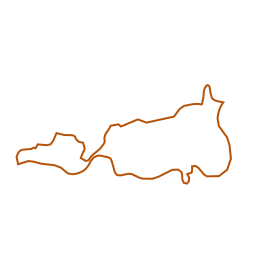 the District of Samdrup Jongkhar, rotated 8°
{"feature_id": "BTN-2492", "entity_name": "Samdrup Jongkhar", "entity_type": "District", "adm_level": 1, "iso_a3": "BTN", "parent_name": "Bhutan", "parent_adm1": "", "projection": "robinson", "projection_center": [91.574, 27.008], "detail": "fine", "context": "isolated", "style": "outline", "palette": "amber", "viewbox_px": 256, "rotation_deg": 8, "n_neighbors": 0, "source": "natural_earth", "source_scale": "10m", "svg_char_len": 1750}
<svg xmlns="http://www.w3.org/2000/svg" viewBox="0 0 256 256"><g transform="rotate(8 128 128)"><path d="M233.5,147.7L232.0,155.5L224.8,163.0L212.9,164.9L209.4,163.2L203.2,157.6L199.8,156.1L196.8,157.0L197.3,159.9L197.3,163.3L193.1,165.4L195.4,168.5L195.6,172.3L194.0,174.9L190.9,174.5L188.9,171.4L188.3,167.6L187.2,164.3L183.5,162.2L177.6,163.3L165.2,171.9L159.4,174.8L149.9,176.1L146.8,175.8L138.1,173.1L134.6,173.3L127.5,175.9L123.8,176.2L121.2,173.8L116.7,163.5L114.9,160.6L112.0,159.7L104.1,159.2L101.4,159.7L97.9,162.2L95.9,165.8L94.3,169.9L92.0,174.2L89.5,176.8L86.4,178.9L83.1,180.5L79.9,181.4L75.8,181.5L73.1,180.4L67.3,176.7L60.6,175.1L46.6,175.4L39.7,174.5L33.9,174.6L24.2,179.2L21.8,172.5L21.8,171.5L21.9,170.7L22.5,169.1L22.8,167.8L23.8,166.1L25.2,164.9L26.4,164.2L34.9,162.3L37.4,160.6L37.8,160.6L38.6,160.9L39.2,161.0L40.9,156.8L50.2,156.3L53.6,154.9L55.7,151.3L57.9,143.0L60.5,143.3L66.0,143.8L73.7,142.9L75.5,143.2L76.7,143.8L77.9,146.0L79.3,147.2L81.2,148.5L85.6,148.9L88.0,154.4L87.9,155.4L87.8,156.6L87.1,157.5L85.4,164.3L90.8,166.5L93.4,165.5L95.4,161.2L97.1,159.2L98.6,157.5L100.7,155.3L103.3,152.3L106.1,147.3L106.8,145.5L106.7,144.2L106.0,141.0L106.3,138.6L106.6,137.1L110.0,130.1L110.5,128.2L118.0,125.7L120.8,127.5L136.6,118.1L145.5,120.1L172.0,110.3L176.4,102.1L180.4,98.3L189.5,95.2L194.6,94.3L197.4,94.5L197.9,94.1L198.0,93.3L198.4,85.9L198.0,81.7L198.4,78.2L199.5,75.5L200.4,74.6L201.3,74.5L202.3,75.1L203.0,76.0L203.4,77.0L204.4,80.7L204.9,82.1L206.0,84.4L206.3,85.4L206.8,86.4L207.7,87.2L209.3,88.2L211.0,88.7L212.8,89.0L218.3,89.3L218.8,89.4L218.3,90.2L216.9,93.5L215.9,97.5L215.4,101.7L215.3,105.9L217.7,113.4L227.5,123.6L230.9,130.9L234.2,144.1L233.5,147.7Z" fill="none" stroke="#b45309" stroke-width="2"/></g></svg>